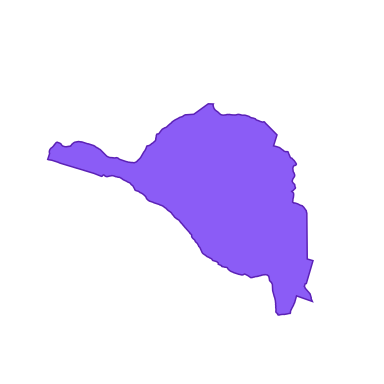 outline of San Rafael, Heredia, Costa Rica, rotated 288°
{"feature_id": "36466004B33619943127012", "entity_name": "San Rafael", "entity_type": "district", "adm_level": 2, "iso_a3": "CRI", "parent_name": "Costa Rica", "parent_adm1": "Heredia", "projection": "mercator", "projection_center": [-84.081, 10.06], "detail": "fine", "context": "isolated", "style": "filled", "palette": "violet", "viewbox_px": 384, "rotation_deg": 288, "n_neighbors": 0, "source": "geoboundaries", "source_scale": "gbopen_adm2", "svg_char_len": 6070}
<svg xmlns="http://www.w3.org/2000/svg" viewBox="0 0 384 384"><g transform="rotate(288 192 192)"><path d="M282.3,185.1L280.9,180.2L266.5,169.7L263.3,161.7L262.4,160.8L261.3,159.9L260.9,159.8L259.1,157.2L257.9,156.2L255.2,153.5L252.5,151.4L252.3,151.4L251.1,150.9L250.6,150.4L249.5,149.8L248.4,149.1L245.8,147.7L245.3,147.2L244.6,146.2L242.8,144.6L242.7,144.4L241.3,143.8L238.4,142.8L238.0,142.8L237.3,142.4L236.7,141.9L236.5,141.1L236.0,140.6L234.5,140.6L233.5,140.9L231.7,141.0L231.1,141.3L229.6,141.3L229.2,141.1L228.3,140.7L228.0,140.4L226.2,139.4L225.6,138.7L224.2,138.0L223.7,137.5L223.0,136.9L221.9,135.0L221.5,134.8L219.3,134.8L216.7,134.4L215.1,133.8L208.9,132.5L206.9,131.6L206.1,131.1L204.7,130.4L204.2,130.3L204.1,130.1L203.6,129.8L203.1,129.4L201.9,127.9L201.6,126.0L201.3,125.4L201.3,124.7L201.0,124.2L201.0,123.3L200.7,122.5L200.7,120.5L200.6,120.1L200.7,112.9L200.9,112.4L201.4,111.1L201.4,110.2L201.3,109.4L200.6,108.3L200.2,106.9L200.2,106.2L200.0,105.9L200.0,105.3L199.4,103.3L199.4,102.0L199.7,99.9L204.0,91.6L204.3,89.9L204.6,89.3L204.7,88.0L204.9,87.8L204.9,87.1L205.6,85.3L205.6,84.6L205.8,84.4L205.8,78.5L205.6,77.9L205.6,71.7L205.4,71.5L205.4,70.8L205.2,70.6L205.2,69.9L204.9,68.3L204.6,68.0L204.4,67.3L203.9,66.8L203.9,66.5L203.1,65.1L202.6,64.6L201.7,63.9L200.8,63.5L200.3,63.0L198.4,62.5L198.4,62.2L198.2,62.0L197.9,62.0L197.6,61.5L197.5,60.9L197.2,60.6L197.2,60.3L196.7,59.6L196.7,59.2L196.2,58.6L195.8,57.0L195.8,54.6L196.4,53.5L197.3,52.4L197.6,51.2L197.7,48.3L196.9,47.5L195.2,46.8L194.9,46.8L194.3,46.4L193.6,46.4L193.4,46.2L192.8,46.0L191.2,45.2L190.2,44.4L189.0,43.9L188.1,43.7L186.7,43.7L185.3,44.2L184.6,44.7L178.4,44.7L178.4,45.7L178.9,48.8L178.9,56.0L178.7,56.7L178.7,58.9L179.4,93.1L178.9,101.1L179.2,101.5L179.5,101.8L180.4,102.1L180.9,102.5L180.9,103.2L180.2,104.7L180.2,105.8L180.4,106.6L180.8,107.3L181.9,109.0L182.3,110.0L182.8,110.5L183.1,112.1L183.1,113.8L183.0,114.1L183.0,114.7L183.2,115.7L183.2,117.1L183.6,118.7L183.1,120.8L182.4,123.0L182.0,126.3L181.6,128.0L181.5,129.8L181.1,130.9L180.6,131.4L180.1,132.3L179.8,133.5L179.2,134.3L177.1,136.5L176.5,136.9L176.2,137.3L176.0,138.3L176.1,140.8L175.9,141.3L175.9,141.8L175.4,142.7L175.4,143.4L175.2,144.8L174.6,146.7L173.3,149.4L171.6,150.9L170.4,153.3L170.4,154.3L170.2,154.5L170.2,158.2L170.0,158.9L170.0,164.7L169.8,165.3L169.8,167.7L169.7,167.9L169.7,168.6L169.5,168.8L169.5,169.1L169.2,169.7L169.1,170.4L168.8,170.8L168.5,172.3L168.1,172.8L167.7,173.8L167.5,174.0L167.1,174.9L166.9,175.8L166.6,176.4L166.4,177.6L166.1,178.0L166.1,178.3L165.9,178.5L165.9,178.8L164.6,180.3L163.9,181.7L163.2,182.5L162.5,183.6L162.5,184.0L162.0,185.1L162.0,185.5L161.8,185.6L161.8,186.0L161.5,186.9L161.3,188.2L160.8,188.8L160.4,189.6L160.1,189.8L159.8,190.3L159.7,190.6L159.4,190.8L159.4,191.1L158.7,192.1L158.5,192.7L157.5,194.0L157.5,194.4L156.9,195.0L156.3,196.1L156.0,196.4L155.5,197.6L155.2,197.9L152.3,202.9L152.0,202.9L151.3,204.8L149.6,205.4L148.9,206.0L148.0,207.4L147.3,209.1L146.9,209.7L146.1,210.3L145.7,210.8L144.7,213.0L144.0,213.7L143.1,214.7L142.4,215.2L141.7,216.6L137.6,220.3L136.9,221.3L136.2,223.4L136.1,224.0L135.2,226.4L135.1,228.0L134.7,229.6L134.7,230.3L134.3,231.6L133.6,232.4L133.3,232.9L133.4,237.0L133.1,237.7L132.8,238.7L132.4,239.0L131.5,239.2L131.4,239.6L131.1,242.9L130.5,243.1L130.4,243.4L130.4,244.3L130.6,244.9L130.6,246.4L130.9,247.4L131.0,248.9L129.8,250.2L129.0,251.9L128.5,253.7L128.4,255.7L128.2,256.5L128.2,262.2L128.4,263.2L128.4,264.6L128.9,266.0L130.0,267.1L130.3,267.5L130.1,268.8L129.7,271.2L128.7,274.4L129.3,275.8L130.2,277.0L130.3,277.4L131.0,278.2L131.8,280.1L132.1,280.4L132.1,280.6L132.7,281.5L133.1,282.0L133.7,283.1L133.8,283.3L134.6,284.2L135.0,285.1L135.4,285.6L135.7,286.7L136.0,286.9L136.1,287.3L136.2,288.5L136.4,289.0L135.6,291.0L133.8,292.1L131.8,293.1L131.0,294.3L131.0,294.5L130.8,294.7L130.6,295.4L128.9,297.0L123.1,299.2L117.9,302.6L117.6,303.0L117.2,303.1L116.2,303.9L115.8,304.0L115.1,304.5L113.4,305.3L112.2,305.8L111.8,306.1L110.7,306.3L109.2,307.1L108.5,307.1L106.5,308.1L103.9,308.8L103.4,309.3L103.2,309.9L102.6,310.9L102.6,311.1L102.3,311.1L101.7,311.8L101.7,312.2L102.1,313.2L102.5,313.7L103.4,315.5L103.7,316.3L103.8,316.7L104.0,317.1L104.0,317.5L105.1,319.4L105.1,319.6L106.5,321.9L106.9,322.9L107.5,323.0L108.5,322.6L110.7,322.6L110.8,322.7L112.9,323.0L115.6,323.5L117.8,323.6L118.2,323.8L125.5,323.5L125.1,340.3L127.3,338.3L128.2,338.1L131.6,335.8L135.6,329.2L136.3,328.9L136.8,328.0L139.7,328.0L140.3,329.0L164.1,328.3L163.9,322.3L207.5,307.7L208.0,307.2L209.5,306.5L210.0,305.8L212.1,302.9L213.0,301.0L212.9,299.0L213.4,296.3L213.4,294.0L213.3,292.9L213.0,292.6L213.0,292.1L213.3,291.7L213.3,291.2L213.6,290.7L214.9,290.6L216.4,290.2L218.3,290.1L220.2,289.7L221.6,289.3L222.4,288.8L223.4,286.7L224.8,287.8L226.6,288.6L227.3,289.1L228.0,289.1L229.2,288.1L230.0,287.8L230.9,287.3L231.7,285.6L232.9,284.1L233.7,283.9L235.6,283.9L236.6,284.2L237.5,284.4L237.9,284.6L238.5,284.7L238.9,284.6L239.8,284.5L241.6,283.2L242.6,282.0L245.8,280.5L247.7,280.5L248.8,281.1L249.1,281.9L249.6,282.4L250.4,282.7L250.9,282.6L251.4,282.0L251.5,282.0L253.3,279.7L253.8,278.8L254.1,278.0L255.0,276.6L255.0,275.4L255.5,274.6L257.3,273.1L258.2,272.2L259.6,271.2L259.9,270.8L259.8,269.8L259.3,268.8L259.3,267.1L259.5,266.5L259.6,266.3L260.0,265.5L260.1,264.9L261.3,261.6L261.3,258.6L261.1,255.3L272.6,255.2L279.7,241.5L279.7,241.3L281.0,239.3L281.0,238.7L280.3,237.7L280.2,234.9L280.4,233.5L280.4,231.1L280.5,230.7L281.2,229.6L281.2,227.2L281.0,225.9L281.0,224.6L281.5,223.0L281.5,219.3L281.3,218.1L280.9,217.2L280.9,216.8L280.5,216.0L280.5,214.2L280.4,214.1L280.4,213.2L280.1,211.8L278.8,209.8L278.5,209.0L277.7,206.2L277.4,204.3L277.3,203.5L277.0,203.2L277.0,202.8L276.5,201.3L276.2,201.1L276.1,200.7L275.4,199.6L275.2,198.8L274.7,197.9L274.5,196.1L274.6,195.1L274.8,194.8L274.9,194.4L275.7,192.7L276.1,191.8L276.3,191.5L276.5,190.3L276.7,190.0L277.0,189.1L277.5,188.1L277.8,187.9L278.0,187.4L279.8,185.9L280.0,185.9L280.9,185.3L281.1,185.3L281.4,185.0L282.3,185.1Z" fill="#8b5cf6" stroke="#5b21b6" stroke-width="1.5"/></g></svg>